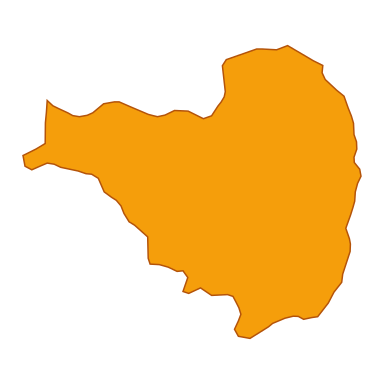 Itambaracá, Paraná, Brazil
{"feature_id": "56859067B69657690107585", "entity_name": "Itambaracá", "entity_type": "district", "adm_level": 2, "iso_a3": "BRA", "parent_name": "Brazil", "parent_adm1": "Paraná", "projection": "mercator", "projection_center": [-50.428, -22.987], "detail": "fine", "context": "isolated", "style": "filled", "palette": "amber", "viewbox_px": 384, "rotation_deg": 0, "n_neighbors": 0, "source": "geoboundaries", "source_scale": "gbopen_adm2", "svg_char_len": 1437}
<svg xmlns="http://www.w3.org/2000/svg" viewBox="0 0 384 384"><path d="M47.2,100.5L46.4,112.4L45.4,122.8L45.2,143.5L35.9,149.1L23.0,155.5L25.0,166.2L31.8,169.8L41.3,165.6L47.2,163.1L54.2,164.2L60.7,167.3L78.1,171.0L86.0,173.7L91.6,174.2L98.3,178.3L104.2,191.9L111.4,197.2L116.3,200.3L121.0,205.9L124.0,213.5L129.1,221.8L134.6,225.2L147.7,236.9L148.2,258.3L150.1,264.1L159.3,264.6L168.1,267.1L177.1,271.4L183.0,270.8L187.8,277.5L183.0,291.5L188.7,293.4L200.5,287.9L211.6,295.4L227.6,294.6L233.0,296.4L236.0,302.1L238.9,307.8L240.9,314.3L238.4,320.9L234.5,329.3L238.4,336.3L250.0,338.4L268.5,326.8L272.6,323.4L285.0,318.2L293.2,316.2L298.3,316.4L303.6,319.3L311.5,317.6L317.7,316.7L328.3,303.0L334.0,292.1L341.7,282.3L342.7,274.1L350.1,251.5L350.4,244.0L349.4,238.7L345.8,228.3L350.6,214.9L352.9,207.6L354.7,201.2L355.3,191.9L357.6,183.3L361.0,176.2L359.7,169.2L354.3,162.5L354.0,157.2L356.8,149.1L356.5,141.8L354.0,134.6L353.5,123.3L351.4,116.1L348.1,107.8L344.0,96.2L336.5,90.1L329.7,83.7L325.2,79.5L322.1,72.8L322.8,65.5L313.4,60.8L287.6,45.6L276.6,49.8L261.8,49.0L256.7,49.0L226.3,59.6L222.4,65.7L225.3,91.7L224.2,96.9L221.1,102.1L218.0,106.0L211.6,115.8L203.4,118.7L188.1,111.1L174.5,110.5L165.0,115.1L157.5,116.7L152.9,115.6L148.3,114.4L130.2,106.7L119.2,101.9L114.3,101.9L103.6,103.8L92.8,112.8L87.2,115.3L79.4,116.7L72.7,115.6L68.1,113.0L58.4,108.5L52.9,105.8L47.2,100.5Z" fill="#f59e0b" stroke="#b45309" stroke-width="1.5"/></svg>